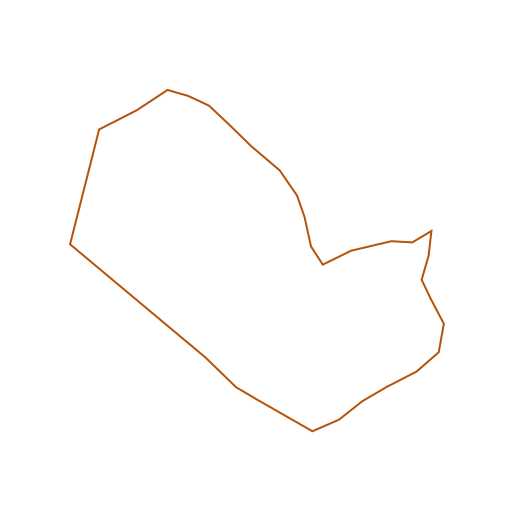 outline of Kouh Est, Logone Oriental, Chad, rotated 164°
{"feature_id": "50815135B98764858098702", "entity_name": "Kouh Est", "entity_type": "district", "adm_level": 2, "iso_a3": "TCD", "parent_name": "Chad", "parent_adm1": "Logone Oriental", "projection": "albers", "projection_center": [17.009, 8.381], "detail": "fine", "context": "isolated", "style": "outline", "palette": "amber", "viewbox_px": 512, "rotation_deg": 164, "n_neighbors": 0, "source": "geoboundaries", "source_scale": "gbopen_adm2", "svg_char_len": 554}
<svg xmlns="http://www.w3.org/2000/svg" viewBox="0 0 512 512"><g transform="rotate(164 256 256)"><path d="M106.9,113.1L94.1,139.1L99.9,167.0L103.3,187.5L89.9,208.9L80.5,231.7L101.9,226.0L121.8,232.9L163.1,234.9L194.2,229.3L200.5,250.0L198.6,280.0L199.9,302.8L209.6,331.7L230.3,362.8L245.6,389.7L259.7,413.4L277.0,428.5L295.3,440.0L330.3,429.0L371.9,420.9L396.8,378.1L431.5,318.5L332.4,172.1L321.6,153.3L311.3,135.3L294.7,117.8L250.1,72.0L221.4,75.8L193.6,87.2L166.2,94.2L133.4,100.7L106.9,113.1Z" fill="none" stroke="#b45309" stroke-width="2"/></g></svg>